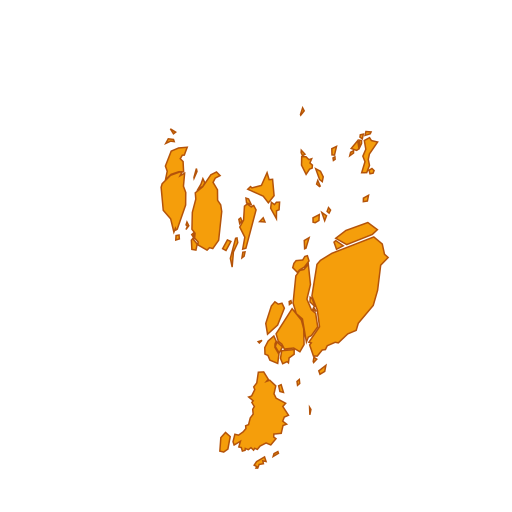 outline of Karimun, Kepulauan Riau, Indonesia, rotated 222°
{"feature_id": "22746128B38340908247842", "entity_name": "Karimun", "entity_type": "district", "adm_level": 2, "iso_a3": "IDN", "parent_name": "Indonesia", "parent_adm1": "Kepulauan Riau", "projection": "natural_earth1", "projection_center": [103.573, 0.836], "detail": "fine", "context": "isolated", "style": "filled", "palette": "amber", "viewbox_px": 512, "rotation_deg": 222, "n_neighbors": 0, "source": "geoboundaries", "source_scale": "gbopen_adm2", "svg_char_len": 6211}
<svg xmlns="http://www.w3.org/2000/svg" viewBox="0 0 512 512"><g transform="rotate(222 256 256)"><path d="M156.6,225.8L146.4,220.1L143.5,222.6L143.9,230.5L141.8,232.9L143.0,237.0L139.4,244.9L136.7,246.5L135.7,259.5L131.8,267.8L135.0,274.5L135.8,297.7L142.7,311.9L157.2,332.6L156.8,343.3L161.7,343.3L170.2,349.4L181.2,349.0L201.4,308.8L205.2,295.9L205.1,290.6L187.7,263.7L174.3,256.9L161.4,245.9L159.0,227.3L156.8,228.4L156.6,225.8ZM145.8,100.9L143.6,107.9L141.0,102.6L138.7,103.8L135.6,101.9L134.1,104.3L135.2,105.8L132.1,106.9L131.5,110.2L127.9,110.1L128.3,112.2L125.6,113.2L125.8,117.5L123.4,123.8L118.6,125.5L118.9,133.6L121.7,133.3L123.6,135.6L118.6,141.1L122.5,148.1L120.7,151.5L125.6,151.1L127.2,155.2L125.3,159.4L135.4,162.1L135.4,166.4L145.9,163.8L150.4,165.6L154.4,172.7L162.7,172.9L164.3,169.9L164.4,172.6L172.7,175.0L176.5,171.2L170.5,162.2L170.1,157.2L167.5,155.9L165.6,149.0L167.1,146.3L161.2,146.5L161.1,144.4L156.5,143.0L155.9,139.9L152.3,136.6L151.9,131.8L148.7,125.7L150.1,122.9L148.0,121.0L147.9,116.6L149.1,111.2L152.4,109.4L148.8,102.6L145.8,100.9ZM308.4,227.7L306.6,225.4L296.3,227.6L296.1,231.1L293.1,232.6L294.3,242.7L311.2,266.1L316.5,270.4L321.8,271.7L328.9,279.4L337.2,282.0L338.4,286.7L336.5,291.7L341.6,292.0L343.9,286.1L341.9,271.7L343.4,262.3L338.8,258.0L332.5,245.8L321.5,233.0L316.5,232.1L313.7,228.3L308.4,227.7ZM344.3,226.5L333.0,218.8L334.4,222.6L332.9,221.7L332.5,223.3L342.4,246.8L350.7,256.2L356.6,259.3L364.4,269.7L366.1,264.8L367.0,268.4L368.9,267.4L373.5,258.7L374.1,246.9L372.5,243.6L355.5,227.9L344.3,226.5ZM161.0,225.8L162.8,230.7L161.6,233.9L162.8,244.7L173.3,253.3L178.8,253.1L189.3,258.0L196.5,271.3L211.6,284.9L211.3,278.1L213.8,274.5L213.1,267.9L197.0,245.9L187.5,240.1L179.4,240.3L161.0,225.8ZM172.7,205.9L166.4,212.8L159.3,214.2L161.0,222.3L171.8,233.8L179.4,238.7L193.9,241.0L189.0,211.6L182.5,207.6L177.8,207.8L172.7,205.9ZM208.6,322.5L196.2,325.2L184.0,349.8L183.4,356.8L195.3,355.7L206.3,335.1L208.6,322.5ZM378.7,259.6L374.3,252.1L373.8,259.8L369.7,267.1L366.1,270.1L373.4,277.4L377.4,277.6L378.2,281.6L376.8,283.0L379.9,290.8L385.8,284.5L389.2,277.2L383.5,262.2L378.7,259.6ZM211.3,234.6L211.1,229.1L203.6,212.4L195.1,205.6L193.7,219.1L200.0,236.2L205.1,238.3L207.3,235.1L211.3,234.6ZM306.8,300.1L290.7,305.3L282.4,303.8L282.9,312.9L295.0,324.1L297.3,321.5L303.5,325.3L299.2,312.1L304.6,303.9L306.5,303.9L306.8,300.1ZM276.9,262.5L270.5,252.2L268.7,255.0L286.8,290.3L291.5,292.0L292.3,289.3L297.3,288.8L297.9,285.3L289.2,274.3L287.4,266.6L276.9,262.5ZM176.0,187.9L168.0,190.7L173.2,198.3L180.9,200.8L183.1,203.5L184.0,206.2L189.2,208.5L190.1,201.0L188.2,193.8L183.7,189.1L180.6,190.1L176.0,187.9ZM243.4,401.7L238.1,399.0L233.2,388.6L229.5,392.0L232.3,399.3L237.2,402.9L240.0,407.7L241.9,422.1L247.5,419.0L250.8,419.9L252.8,414.3L245.8,408.8L243.4,401.7ZM152.3,86.8L148.8,88.7L147.7,93.7L154.3,104.5L160.6,104.5L160.6,97.5L152.3,86.8ZM220.9,271.9L214.2,271.5L214.4,274.6L212.7,280.1L213.3,287.8L218.0,290.6L219.4,288.3L218.6,284.3L223.1,279.4L222.9,275.9L220.9,271.9ZM164.1,193.8L162.2,198.3L160.4,198.3L163.2,202.4L161.9,208.5L165.0,212.0L173.5,202.8L169.3,196.3L164.1,193.8ZM283.0,354.0L273.4,350.2L274.3,356.4L273.1,358.9L274.9,361.3L278.2,361.2L279.7,365.5L281.2,363.0L285.3,363.2L288.5,360.4L283.0,354.0ZM277.1,301.3L265.8,297.4L271.0,303.3L269.8,305.8L274.5,311.8L276.8,309.6L276.7,306.6L280.5,306.2L277.1,301.3ZM114.1,98.4L112.8,99.5L114.2,103.2L111.5,106.6L113.9,108.3L111.0,110.0L115.2,112.4L118.0,103.6L117.4,99.3L114.5,100.0L114.1,98.4ZM308.1,218.0L304.6,220.2L307.7,225.5L314.7,226.5L314.6,224.5L308.1,218.0ZM260.0,355.4L256.5,355.6L259.0,359.8L264.8,362.1L270.0,360.8L260.0,355.4ZM283.0,255.5L273.5,237.1L266.3,231.8L275.5,243.9L278.5,253.7L282.2,256.7L283.0,255.5ZM173.9,199.5L175.5,206.2L182.9,206.1L181.1,201.6L173.9,199.5ZM257.6,409.8L257.2,399.6L251.9,401.8L251.2,404.6L257.6,409.8ZM236.7,329.1L239.2,322.5L236.2,319.3L234.3,320.3L233.0,324.5L236.7,329.1ZM207.3,318.5L200.7,314.9L198.0,322.0L207.0,320.8L207.3,318.5ZM285.7,239.1L282.0,240.0L284.4,250.0L288.0,248.8L285.7,239.1ZM267.2,382.0L265.2,383.5L269.5,391.3L271.5,386.5L267.2,382.0ZM132.5,212.7L129.3,210.9L127.7,216.2L130.9,221.5L132.5,212.7ZM236.2,332.4L228.6,328.2L230.5,333.1L236.2,332.4ZM228.8,305.1L230.5,299.8L224.7,293.9L224.1,295.2L228.8,305.1ZM152.3,174.7L147.6,171.3L144.3,173.0L151.2,177.2L152.3,174.7ZM347.2,277.9L345.0,272.6L343.9,267.2L342.1,272.2L343.0,276.2L347.2,277.9ZM188.1,261.6L185.2,258.0L178.1,257.9L185.7,261.8L188.1,261.6ZM302.2,292.3L298.6,289.2L293.9,291.0L299.7,293.4L302.2,292.3ZM399.6,284.4L398.4,279.3L396.3,284.2L393.3,286.3L395.3,287.4L399.6,284.4ZM214.9,370.9L212.6,368.2L210.0,371.4L213.0,376.4L214.9,370.9ZM229.4,395.3L226.3,393.4L224.4,395.9L225.4,398.5L228.4,398.6L229.4,395.3ZM255.7,418.6L252.9,423.2L253.5,425.2L257.6,422.1L255.7,418.6ZM276.2,289.2L276.3,284.0L272.1,287.3L276.2,289.2ZM288.6,361.7L287.7,364.4L293.1,364.9L291.6,363.0L288.6,361.7ZM254.8,412.4L256.8,411.2L251.7,406.4L252.8,410.2L254.8,412.4ZM234.5,340.5L233.0,336.7L230.4,336.8L231.3,340.0L234.5,340.5ZM358.8,281.1L354.7,272.9L354.1,272.4L356.4,279.3L358.8,281.1ZM258.3,413.9L255.4,414.2L257.8,418.4L259.6,415.9L258.3,413.9ZM404.7,293.2L399.1,291.6L398.6,294.3L404.7,293.2ZM138.6,187.7L138.2,190.5L141.2,193.2L141.6,190.2L138.6,187.7ZM108.9,125.3L110.4,121.2L109.1,118.5L107.3,124.4L108.9,125.3ZM259.1,350.0L255.3,350.1L255.1,350.9L260.6,353.4L259.1,350.0ZM329.1,217.7L326.3,214.2L324.4,217.4L327.2,220.1L329.1,217.7ZM254.0,399.5L255.1,396.4L253.4,393.2L252.4,397.8L254.0,399.5ZM289.8,269.2L290.1,272.7L292.9,274.0L293.3,271.8L289.8,269.2ZM266.9,251.7L268.3,250.0L265.2,245.2L264.7,247.9L266.9,251.7ZM320.5,397.3L317.6,390.9L317.0,390.6L317.3,396.1L320.5,397.3ZM145.2,219.5L142.9,215.9L141.9,215.4L141.8,220.0L145.2,219.5ZM318.1,228.9L314.4,227.9L317.8,231.6L318.1,228.9ZM325.8,228.8L326.2,233.5L330.0,235.0L328.8,232.3L326.7,232.2L325.8,228.8ZM174.1,255.1L178.7,256.4L178.1,254.4L174.1,255.1ZM200.2,246.2L200.9,244.4L198.7,242.3L198.2,244.8L200.2,246.2ZM195.1,197.3L197.1,193.8L195.3,193.6L195.1,197.3ZM263.7,382.5L264.4,380.4L262.4,378.8L261.9,380.8L263.7,382.5ZM114.9,179.4L109.7,174.0L112.5,178.7L114.9,179.4Z" fill="#f59e0b" stroke="#b45309" stroke-width="1.5"/></g></svg>